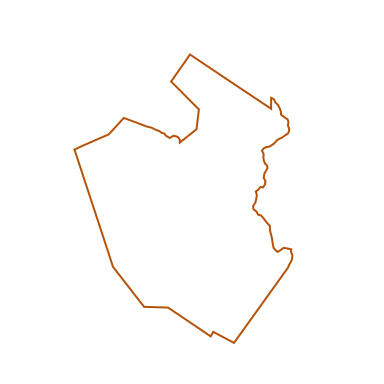 São Félix do Piauí, Piauí, Brazil, rotated 33°
{"feature_id": "56859067B9162951919823", "entity_name": "São Félix do Piauí", "entity_type": "district", "adm_level": 2, "iso_a3": "BRA", "parent_name": "Brazil", "parent_adm1": "Piauí", "projection": "orthographic", "projection_center": [-42.074, -5.922], "detail": "fine", "context": "isolated", "style": "outline", "palette": "amber", "viewbox_px": 384, "rotation_deg": 33, "n_neighbors": 0, "source": "geoboundaries", "source_scale": "gbopen_adm2", "svg_char_len": 1340}
<svg xmlns="http://www.w3.org/2000/svg" viewBox="0 0 384 384"><g transform="rotate(33 192 192)"><path d="M234.8,302.0L286.3,302.9L286.0,297.7L309.4,295.7L313.7,203.2L313.1,199.9L312.9,195.7L312.1,192.9L310.2,189.9L307.6,188.3L306.5,186.0L302.3,187.6L299.2,189.0L297.9,192.6L296.4,195.6L293.9,195.4L290.6,194.2L287.1,190.6L284.7,187.7L282.1,185.2L278.9,182.3L275.8,178.0L272.1,177.2L269.1,176.1L265.4,174.8L262.5,174.1L259.6,175.0L257.2,173.4L252.8,172.9L251.0,170.6L250.9,166.4L249.7,162.9L248.1,159.3L245.3,156.8L246.3,153.9L246.6,150.6L249.0,149.5L249.1,146.1L247.7,142.9L244.5,141.1L242.8,137.6L242.5,133.7L242.3,130.8L240.6,129.0L237.8,128.4L235.2,126.6L233.3,124.5L231.3,121.1L228.2,119.3L228.3,116.5L229.9,113.8L232.3,111.7L234.4,106.8L235.1,102.3L236.4,99.7L238.0,97.2L239.2,93.9L240.6,90.9L240.3,88.1L239.0,86.0L236.4,84.1L234.6,80.6L232.5,79.0L229.0,79.0L224.7,78.7L222.7,76.1L220.2,74.2L216.7,72.2L213.3,71.5L210.3,69.6L207.1,70.0L213.0,79.1L168.9,78.6L115.4,77.8L115.1,89.1L114.3,110.7L152.8,119.0L157.3,128.1L161.6,136.9L154.9,157.1L153.2,154.8L150.6,153.6L148.1,154.0L145.7,155.1L144.0,158.8L139.9,159.0L136.7,158.1L134.0,158.9L131.4,158.7L127.8,159.6L123.0,160.1L118.5,161.7L94.5,167.0L90.8,189.0L75.9,211.5L70.3,220.4L146.2,281.4L166.5,297.8L214.4,314.4L234.8,302.0Z" fill="none" stroke="#b45309" stroke-width="2"/></g></svg>